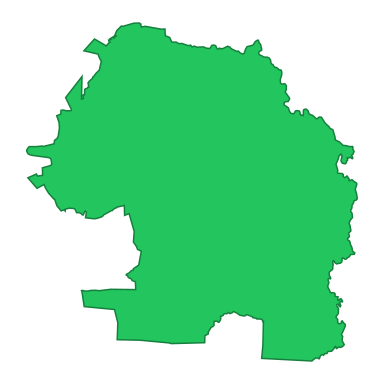 the district of Cuerámaro, Guanajuato, Mexico
{"feature_id": "50627088B14851817270077", "entity_name": "Cuerámaro", "entity_type": "district", "adm_level": 2, "iso_a3": "MEX", "parent_name": "Mexico", "parent_adm1": "Guanajuato", "projection": "robinson", "projection_center": [-101.651, 20.615], "detail": "fine", "context": "isolated", "style": "filled", "palette": "green", "viewbox_px": 384, "rotation_deg": 0, "n_neighbors": 0, "source": "geoboundaries", "source_scale": "gbopen_adm2", "svg_char_len": 5909}
<svg xmlns="http://www.w3.org/2000/svg" viewBox="0 0 384 384"><path d="M27.9,177.8L37.0,188.3L44.1,184.5L45.6,188.3L48.7,193.3L53.8,199.0L54.5,198.9L56.9,205.7L61.1,210.9L64.1,209.9L65.2,211.0L65.2,209.2L69.3,208.1L73.7,208.5L75.0,209.2L76.6,212.7L79.0,212.6L81.5,213.8L82.0,214.7L82.6,214.9L83.4,214.9L84.2,212.5L85.1,211.1L86.4,212.0L85.5,217.8L94.4,218.8L97.0,218.4L101.6,216.9L102.9,216.0L103.5,215.0L111.5,210.6L112.1,210.6L114.5,208.5L116.7,207.7L116.7,207.2L124.3,205.5L124.6,215.4L129.1,213.6L134.2,231.5L133.4,242.1L136.6,246.7L137.5,249.4L141.3,251.2L138.7,265.1L133.4,268.7L133.2,270.2L131.5,270.5L128.9,273.0L126.4,274.3L126.2,275.0L127.7,275.8L128.0,277.0L129.4,278.2L130.6,278.4L132.0,279.9L132.0,280.5L135.4,281.7L135.7,289.6L110.7,289.3L99.0,290.7L95.9,290.3L90.9,290.4L88.1,291.0L84.5,291.0L82.8,290.4L81.5,290.6L82.1,292.6L84.2,306.6L114.5,309.5L117.8,322.8L117.2,339.7L139.7,340.2L168.9,342.9L171.2,343.6L204.7,342.7L204.9,335.7L208.2,334.0L208.3,332.0L211.1,327.4L212.9,326.5L213.9,325.5L214.1,324.9L213.9,322.5L214.4,321.3L216.8,321.1L218.4,322.3L219.2,322.1L220.5,319.8L220.8,318.1L220.5,316.6L220.8,316.1L221.5,316.2L223.3,315.3L223.8,314.0L225.0,313.6L226.7,313.8L228.5,312.5L229.8,313.6L232.1,312.8L233.5,311.5L236.4,312.8L239.8,315.2L244.1,316.0L244.9,315.9L246.9,314.6L252.6,316.9L252.7,317.6L256.6,318.4L256.7,318.9L260.8,319.1L262.1,319.6L262.9,321.8L263.4,321.4L262.9,345.1L261.7,358.4L311.9,361.0L314.3,358.9L316.1,357.9L317.4,357.9L318.9,358.8L319.4,358.7L320.1,356.4L321.5,354.7L322.4,354.6L323.6,355.3L324.7,353.6L327.0,353.5L327.4,352.2L328.2,351.5L331.7,351.2L333.6,349.1L335.2,346.4L335.8,346.8L336.0,348.0L336.8,348.6L338.7,346.9L340.7,347.4L342.5,346.6L344.1,344.9L344.2,344.4L342.5,341.5L342.1,339.5L342.7,336.5L341.5,334.6L341.6,333.9L342.4,332.7L345.3,326.1L345.3,324.5L343.9,323.2L342.2,320.9L341.5,321.2L341.3,323.0L340.7,323.5L338.6,323.7L337.7,322.2L337.7,319.5L336.1,317.4L336.0,316.7L337.9,314.2L338.4,312.7L338.5,308.5L337.0,306.4L336.7,304.7L337.5,304.1L338.4,304.3L339.3,306.4L340.2,306.8L340.8,305.6L339.7,302.8L339.7,302.3L341.1,301.6L342.3,301.9L342.6,301.2L341.0,298.7L340.0,299.0L338.6,300.4L338.0,300.4L337.7,299.3L338.0,296.8L335.2,296.4L335.0,295.4L335.2,294.2L334.6,293.1L332.8,292.7L330.5,292.8L329.3,289.9L327.8,287.1L327.9,285.6L328.9,282.6L328.1,280.3L328.1,279.2L328.8,278.4L330.3,278.9L330.6,278.5L330.5,277.3L329.3,275.6L329.1,272.9L329.5,271.9L332.3,269.6L332.7,268.9L332.8,266.4L333.2,264.9L332.7,262.0L333.2,260.7L333.9,260.8L334.6,262.4L336.5,263.9L340.5,263.1L341.7,262.1L342.1,260.4L342.0,258.7L342.5,258.0L343.4,258.1L344.9,259.2L346.3,259.0L347.7,257.6L349.4,256.6L350.6,254.5L354.2,254.3L354.7,253.6L354.7,252.7L352.6,251.3L351.9,247.4L350.7,245.1L349.7,241.1L348.0,240.1L347.5,239.1L347.9,238.0L349.2,237.0L349.5,235.9L348.6,234.0L348.8,233.0L350.9,230.9L350.1,225.8L349.2,223.7L349.3,222.4L350.4,220.1L352.5,217.6L352.0,213.1L350.9,211.7L350.6,210.5L351.9,208.1L352.1,205.2L353.5,203.1L354.0,200.8L356.2,200.1L357.3,198.7L356.6,193.9L355.4,190.0L355.4,188.7L356.9,184.1L356.4,183.0L353.3,181.0L352.6,180.0L351.9,179.7L349.7,180.7L349.1,180.6L349.1,179.0L347.1,176.0L346.6,176.1L345.6,177.3L344.6,177.5L343.3,176.6L343.3,174.6L342.3,173.6L337.8,173.2L337.5,172.3L337.8,170.3L336.0,164.1L338.4,158.7L338.8,156.3L340.9,154.1L342.2,156.5L341.8,157.0L341.0,160.6L341.5,162.2L342.5,163.3L345.4,163.8L346.4,162.6L346.9,160.6L347.6,160.2L347.4,157.7L348.2,158.1L350.5,157.3L351.5,158.4L352.5,158.6L352.8,157.9L351.6,155.2L353.0,154.2L354.1,151.5L353.0,149.4L352.7,148.4L353.0,147.2L352.5,146.5L349.9,146.6L345.7,145.6L343.1,145.4L339.4,141.9L335.8,140.2L335.3,139.7L335.0,137.0L332.8,129.6L330.3,128.6L328.9,126.6L325.2,123.2L321.4,117.2L319.3,117.0L317.0,118.8L316.4,118.8L312.8,115.5L309.8,114.3L308.9,113.5L308.1,110.8L306.4,109.2L305.5,109.1L304.0,109.5L303.4,110.3L303.3,115.5L303.0,115.7L301.7,115.0L300.7,115.1L300.4,114.6L299.7,111.4L299.3,111.0L296.9,110.6L295.5,110.9L294.1,113.3L293.4,113.8L290.9,113.3L289.4,111.2L288.4,107.9L284.2,105.0L284.0,103.4L284.7,102.2L286.1,101.6L288.1,101.6L289.5,99.3L289.6,98.2L285.4,92.3L285.4,91.2L286.3,89.8L286.4,85.9L285.2,84.0L284.3,83.7L282.2,84.2L280.9,83.4L280.4,82.8L280.3,79.3L281.7,75.0L281.8,71.9L281.0,70.0L279.4,69.9L276.6,67.5L275.2,67.4L273.8,66.3L272.9,64.6L271.6,64.0L270.8,62.3L270.6,60.1L269.1,57.9L267.4,57.2L263.5,57.0L262.1,55.9L259.3,54.8L258.7,52.8L258.8,52.2L259.8,51.2L261.6,50.4L261.6,48.2L261.1,47.3L260.8,44.9L258.9,42.2L258.5,40.3L257.4,40.2L255.2,41.6L253.1,45.1L247.0,46.7L245.5,49.3L244.2,53.3L243.0,54.0L240.4,53.2L238.4,51.1L237.0,51.4L232.3,49.3L230.8,48.4L230.2,47.3L227.7,46.2L222.8,48.6L221.7,48.7L219.3,48.2L219.0,49.0L218.8,49.0L217.1,48.8L215.6,45.6L213.4,45.0L211.8,45.4L210.2,48.0L209.4,48.5L206.1,48.1L204.5,47.2L203.0,46.9L197.3,47.2L194.0,46.1L192.4,46.8L191.7,46.6L190.6,45.1L189.4,45.6L187.6,45.4L182.1,43.5L178.8,43.6L176.0,42.0L173.3,42.2L171.7,41.9L169.7,37.5L165.5,35.8L165.1,32.9L165.0,29.0L161.4,29.2L145.1,26.3L141.4,27.1L140.7,24.0L140.2,24.2L139.5,23.0L133.7,23.2L122.7,26.4L121.4,26.0L116.8,30.6L114.9,35.0L116.3,36.0L115.3,36.8L114.2,36.6L113.8,39.0L113.8,36.4L110.0,38.8L111.0,39.5L108.6,40.1L109.1,41.8L109.9,42.2L108.9,42.8L106.3,45.9L94.5,39.0L83.9,50.8L98.0,54.1L99.6,58.3L101.5,61.9L100.9,63.0L99.3,70.1L96.0,73.3L93.6,76.5L92.8,77.0L92.7,78.1L89.1,81.4L88.0,82.9L88.8,87.1L87.7,87.3L87.2,88.3L85.4,88.8L84.7,89.5L84.6,94.7L83.7,94.6L83.0,95.2L83.4,98.5L81.5,99.0L82.0,76.5L65.6,97.6L71.3,109.3L71.4,110.2L70.9,110.7L66.7,110.8L62.8,110.0L61.0,110.3L60.8,114.1L56.7,115.7L59.1,122.7L59.4,128.1L58.2,136.2L57.2,138.3L54.5,140.4L54.1,143.8L43.1,146.5L42.4,146.0L36.3,146.6L29.2,146.6L28.0,147.9L26.7,150.1L26.9,151.7L28.1,153.8L29.6,154.7L32.3,155.4L48.7,157.6L50.1,158.2L51.1,159.4L51.7,164.1L51.1,165.1L50.1,165.7L42.4,167.8L42.6,175.3L37.5,176.1L36.4,174.0L27.9,177.8Z" fill="#22c55e" stroke="#15803d" stroke-width="1.5"/></svg>